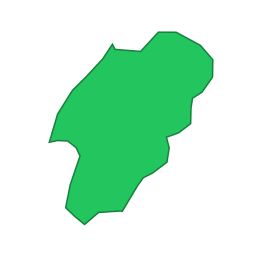 outline of Šavnik, rotated 99°
{"feature_id": "MNE-1519", "entity_name": "Šavnik", "entity_type": "Municipality", "adm_level": 1, "iso_a3": "MNE", "parent_name": "Montenegro", "parent_adm1": "", "projection": "mercator", "projection_center": [19.144, 42.978], "detail": "fine", "context": "isolated", "style": "filled", "palette": "green", "viewbox_px": 256, "rotation_deg": 99, "n_neighbors": 0, "source": "natural_earth", "source_scale": "10m", "svg_char_len": 583}
<svg xmlns="http://www.w3.org/2000/svg" viewBox="0 0 256 256"><g transform="rotate(99 128 128)"><path d="M69.3,54.8L81.0,60.5L88.5,68.9L98.3,68.9L113.9,66.8L124.8,77.2L131.1,88.6L141.2,84.2L155.7,84.2L168.7,96.8L174.7,105.1L183.0,109.3L211.3,120.7L211.1,122.3L216.0,143.8L230.1,155.8L223.8,166.5L216.5,177.1L193.2,176.2L163.2,171.0L155.5,176.2L150.3,185.4L151.4,195.7L154.4,203.5L125.2,199.7L99.4,188.7L84.6,177.8L63.6,163.7L47.7,156.5L52.4,153.1L50.4,127.5L28.6,113.0L25.9,95.4L35.1,69.4L47.3,54.9L64.5,52.5L69.3,54.8Z" fill="#22c55e" stroke="#15803d" stroke-width="1.5"/></g></svg>